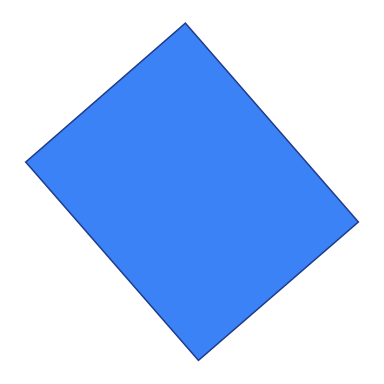 Arthur, Nebraska, United States of America (orthographic projection), rotated 229°
{"feature_id": "52423323B23601156295549", "entity_name": "Arthur", "entity_type": "district", "adm_level": 2, "iso_a3": "USA", "parent_name": "United States of America", "parent_adm1": "Nebraska", "projection": "orthographic", "projection_center": [-101.603, 41.569], "detail": "fine", "context": "isolated", "style": "filled", "palette": "blue", "viewbox_px": 384, "rotation_deg": 229, "n_neighbors": 0, "source": "geoboundaries", "source_scale": "gbopen_adm2", "svg_char_len": 237}
<svg xmlns="http://www.w3.org/2000/svg" viewBox="0 0 384 384"><g transform="rotate(229 192 192)"><path d="M323.7,86.1L314.9,86.2L60.7,86.4L60.2,297.9L323.8,297.8L323.7,86.1Z" fill="#3b82f6" stroke="#1e3a8a" stroke-width="1.5"/></g></svg>